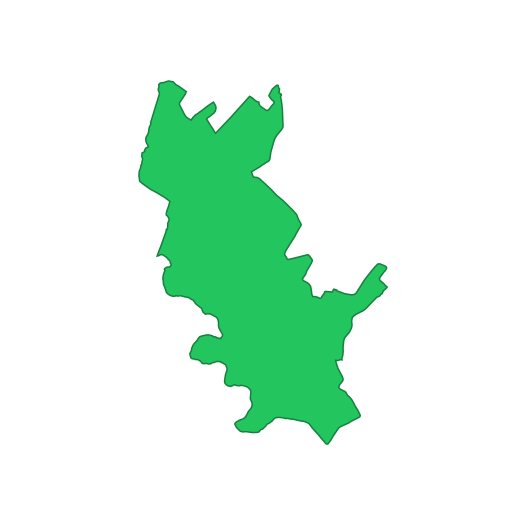 the district of Sanguie, Sanguié, Burkina Faso, rotated 328°
{"feature_id": "67063806B51289395143870", "entity_name": "Sanguie", "entity_type": "district", "adm_level": 2, "iso_a3": "BFA", "parent_name": "Burkina Faso", "parent_adm1": "Sanguié", "projection": "albers", "projection_center": [-2.631, 12.224], "detail": "fine", "context": "isolated", "style": "filled", "palette": "green", "viewbox_px": 512, "rotation_deg": 328, "n_neighbors": 0, "source": "geoboundaries", "source_scale": "gbopen_adm2", "svg_char_len": 6123}
<svg xmlns="http://www.w3.org/2000/svg" viewBox="0 0 512 512"><g transform="rotate(328 256 256)"><path d="M217.2,453.5L221.3,452.1L226.2,449.5L234.9,445.7L237.2,445.5L246.1,446.7L248.5,446.6L257.6,447.4L258.7,447.4L259.7,446.8L260.1,445.7L260.6,441.1L260.6,435.6L260.9,432.9L261.1,428.6L260.7,425.3L259.7,422.7L260.0,419.3L259.6,418.0L256.8,413.4L256.5,412.6L256.6,411.4L257.2,410.5L258.9,409.4L263.1,408.0L264.1,407.3L264.7,406.4L265.2,404.4L265.5,401.7L266.0,394.6L267.5,388.6L268.3,386.8L268.5,387.1L269.4,387.6L270.1,387.8L270.8,388.3L271.8,388.4L273.2,388.9L273.8,389.7L274.8,388.1L276.9,386.3L278.3,384.5L279.5,382.9L281.4,379.6L285.5,374.4L287.6,372.5L294.9,370.1L298.4,368.0L300.4,366.1L301.1,365.0L302.6,361.9L304.9,359.4L305.8,358.9L309.5,358.4L318.1,359.2L320.0,359.0L322.2,358.6L336.5,355.0L339.7,355.5L341.0,354.8L343.1,354.8L345.4,353.1L349.3,352.5L350.8,351.8L350.1,349.7L350.0,348.5L349.5,346.4L348.3,342.8L348.2,341.7L348.6,340.8L349.9,339.8L355.4,337.6L358.0,336.9L359.1,336.3L360.1,335.7L360.6,335.1L360.7,334.4L360.4,333.2L356.9,328.3L355.0,327.3L350.9,328.3L344.8,330.3L335.5,333.7L321.3,340.5L319.5,340.7L318.4,340.5L316.2,339.4L311.1,334.8L306.4,328.7L305.6,327.3L306.1,327.3L304.6,325.4L303.5,325.7L301.7,327.0L300.3,326.1L299.1,325.0L296.2,322.9L295.6,322.7L295.1,322.8L294.6,323.5L290.3,325.3L289.1,326.2L287.7,325.8L287.0,324.5L285.0,322.0L282.7,320.5L282.6,320.1L283.2,317.6L284.4,315.4L286.3,310.5L286.1,308.2L285.8,307.0L285.2,305.5L283.4,302.4L282.9,300.8L283.1,300.3L283.7,299.8L288.2,297.9L291.0,295.7L299.7,291.1L301.2,289.8L301.6,289.2L301.6,288.2L301.4,284.2L301.1,283.0L300.5,282.4L299.6,282.0L285.3,277.4L281.3,275.9L280.9,275.2L281.1,270.3L281.2,269.4L281.9,268.9L284.5,267.1L299.5,259.9L302.0,258.3L310.4,253.9L310.9,253.4L311.2,252.3L311.4,247.5L312.4,242.5L311.6,237.3L308.3,223.3L305.6,215.3L304.1,207.7L301.6,198.1L300.6,195.0L300.2,192.8L299.1,190.7L298.2,189.7L295.8,187.8L295.8,186.2L296.7,182.2L307.6,182.4L309.8,182.1L311.4,182.3L314.3,182.1L316.9,182.3L317.8,182.0L319.4,180.9L323.7,175.7L331.6,168.5L335.0,165.9L338.4,164.4L344.3,162.5L346.8,161.3L347.8,160.1L356.2,145.4L360.0,137.4L360.7,135.0L361.3,134.0L362.6,133.2L362.7,132.7L363.1,132.3L363.1,131.9L362.5,131.1L362.5,130.6L362.0,130.0L362.3,129.0L363.0,128.7L364.5,126.8L364.3,125.6L365.1,123.5L365.1,122.9L364.3,122.2L362.9,122.3L358.2,123.1L352.4,126.5L351.9,126.9L351.8,128.5L352.2,131.9L353.0,134.6L352.7,135.4L351.6,136.2L349.0,136.9L344.2,138.7L342.5,138.6L341.6,137.3L340.6,134.7L340.1,134.0L339.0,130.8L339.2,128.6L340.0,127.2L339.9,126.9L338.7,125.5L337.9,124.1L336.6,119.9L335.2,117.2L309.6,124.6L286.8,130.5L286.6,129.4L286.8,124.9L286.6,120.9L286.7,113.5L288.9,113.1L290.1,113.2L296.1,112.5L298.2,111.7L300.3,109.6L301.3,107.6L301.5,104.1L301.4,102.9L293.5,103.2L290.0,103.7L283.7,104.1L281.2,104.4L279.3,104.2L278.0,104.7L276.1,105.0L274.7,105.8L273.8,105.7L273.1,106.4L272.8,106.3L270.5,101.4L270.4,100.2L270.4,97.6L270.9,92.0L271.3,87.3L271.6,86.4L272.7,85.4L281.6,81.4L284.0,79.7L280.2,70.5L278.8,68.1L278.1,64.4L274.7,61.3L272.3,60.6L269.8,60.1L267.7,59.0L266.8,58.7L266.1,58.7L265.0,58.7L264.6,58.9L264.0,59.7L263.8,60.6L261.4,62.8L260.7,64.6L260.8,65.6L260.3,66.9L259.0,68.2L237.1,87.2L237.1,87.8L235.9,89.1L234.3,89.7L232.2,91.9L230.8,93.7L228.8,95.4L225.5,97.2L224.9,97.9L224.5,98.8L224.0,99.1L223.6,100.0L223.0,102.5L222.9,104.9L222.5,106.3L222.3,106.5L221.2,106.2L219.6,106.1L217.4,107.3L217.3,108.1L216.6,108.4L213.8,108.3L213.7,109.0L213.1,109.4L213.0,109.8L211.8,110.8L211.7,112.5L210.8,114.2L208.9,116.0L207.9,117.5L206.6,118.0L204.4,120.5L202.2,122.0L201.2,123.1L199.1,126.2L197.0,130.9L197.1,131.5L198.8,136.3L202.1,144.0L205.5,149.9L209.4,157.6L211.4,162.6L211.7,164.3L207.4,168.1L203.7,171.0L202.3,172.5L201.6,173.8L202.1,175.2L202.1,177.4L201.6,179.3L198.5,181.5L196.6,184.4L194.8,186.4L194.1,185.9L192.3,187.9L181.7,196.3L172.1,203.6L173.5,204.2L175.8,204.3L177.1,205.2L177.8,206.0L179.8,210.8L179.7,212.5L180.2,213.5L180.3,214.6L180.0,215.8L179.6,216.4L179.7,217.6L179.4,218.4L178.7,219.0L177.5,219.5L177.0,219.5L174.7,218.3L174.0,218.1L171.7,218.3L171.3,218.7L170.8,220.2L167.2,223.1L165.4,225.3L165.0,225.9L164.3,227.7L162.5,231.1L162.2,233.3L160.7,239.8L161.4,242.2L162.5,244.2L163.9,245.8L165.6,247.0L167.2,247.3L168.4,248.6L170.0,249.2L171.1,249.9L172.0,250.7L174.2,253.2L174.9,253.6L177.2,256.0L178.1,258.5L179.3,260.0L179.3,261.7L179.6,262.5L179.5,264.0L179.8,264.7L179.7,265.5L180.3,266.6L181.4,270.1L182.0,271.1L182.1,271.5L181.3,275.6L182.2,278.3L182.4,278.6L184.3,279.3L186.7,281.1L189.8,286.6L190.2,288.4L189.6,291.1L188.2,293.9L187.3,295.1L186.4,297.5L186.0,305.0L184.8,306.3L184.3,306.6L183.1,306.7L182.3,307.4L179.4,304.5L179.1,303.5L178.8,303.1L177.1,302.0L176.7,300.5L174.0,297.8L172.2,296.7L167.5,295.1L165.7,294.7L164.7,294.8L163.3,295.3L161.4,296.4L156.8,297.6L155.2,298.4L152.3,300.4L151.2,301.9L148.2,303.7L147.9,304.1L147.0,307.1L146.9,308.3L147.5,309.4L149.2,310.7L149.8,311.8L151.6,312.9L152.0,313.4L153.2,315.9L153.5,318.5L154.7,319.7L156.4,320.5L157.6,321.3L158.4,322.3L159.3,322.9L161.1,323.5L161.4,323.4L162.9,323.5L164.1,324.2L165.2,324.2L167.1,324.8L170.0,326.9L170.2,327.3L169.9,327.3L170.1,327.8L171.3,329.5L171.8,330.8L172.5,331.7L172.6,332.1L171.9,335.9L171.1,337.2L167.1,340.6L163.1,345.3L162.3,347.0L162.4,349.0L163.4,351.2L165.2,353.0L165.7,353.3L169.1,353.7L169.6,353.9L171.5,356.1L173.2,357.3L175.0,357.9L177.7,360.4L178.6,361.5L179.6,363.5L180.0,364.8L180.2,367.2L179.8,368.3L176.0,373.3L175.5,374.2L174.7,378.8L173.2,380.9L171.9,382.0L169.2,383.2L167.3,383.7L164.1,385.7L161.5,387.0L158.8,387.3L154.6,386.4L150.8,386.4L149.8,386.7L149.0,387.2L148.6,391.1L149.6,395.7L150.2,396.8L151.8,398.3L154.5,399.7L159.6,404.0L163.7,406.3L165.1,406.7L166.0,406.6L167.8,405.7L169.9,406.3L174.4,405.3L175.8,404.6L176.6,404.5L178.4,404.8L182.4,404.5L184.6,403.7L186.3,403.5L188.1,404.0L190.4,405.4L193.3,407.6L194.8,409.4L197.0,410.7L199.4,413.1L200.6,413.7L206.2,419.3L209.4,422.1L212.0,425.7L212.5,429.5L212.5,431.2L214.4,442.0L214.7,445.5L215.6,449.9L215.7,451.9L216.2,452.9L217.2,453.5Z" fill="#22c55e" stroke="#15803d" stroke-width="1.5"/></g></svg>